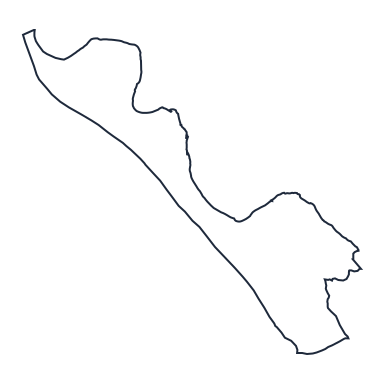 the district of Imbaba, Al Jizah, Egypt
{"feature_id": "37247803B76869719120733", "entity_name": "Imbaba", "entity_type": "district", "adm_level": 2, "iso_a3": "EGY", "parent_name": "Egypt", "parent_adm1": "Al Jizah", "projection": "natural_earth1", "projection_center": [30.99, 30.22], "detail": "fine", "context": "isolated", "style": "outline", "palette": "slate", "viewbox_px": 384, "rotation_deg": 0, "n_neighbors": 0, "source": "geoboundaries", "source_scale": "gbopen_adm2", "svg_char_len": 5952}
<svg xmlns="http://www.w3.org/2000/svg" viewBox="0 0 384 384"><path d="M358.5,250.2L358.3,249.5L358.0,249.2L357.7,248.9L357.4,248.0L357.0,247.4L356.7,247.0L356.3,246.8L355.5,246.5L352.8,243.8L350.8,241.4L349.5,241.0L348.3,240.5L347.7,240.1L347.1,239.6L346.5,239.0L345.9,238.3L344.8,237.9L343.8,237.4L342.1,236.3L341.0,235.1L339.8,233.9L338.6,232.9L337.0,231.8L335.8,230.7L334.4,229.0L333.3,227.6L332.6,226.4L332.0,225.7L331.5,225.3L330.9,225.0L329.5,224.5L328.1,223.8L325.8,222.2L324.9,221.7L324.1,221.3L323.9,220.8L323.6,220.5L323.3,220.2L322.8,220.1L321.0,217.7L320.0,215.9L319.4,214.9L318.9,213.9L317.3,211.7L316.6,210.7L316.0,209.6L315.5,208.5L315.0,207.2L314.7,206.5L314.2,205.6L313.4,204.7L312.9,204.3L312.3,203.9L311.6,203.5L311.0,203.3L310.5,203.1L310.1,203.4L309.8,203.4L309.2,203.3L307.0,202.1L304.7,200.4L301.5,198.5L300.7,197.8L300.1,197.0L299.9,196.2L299.9,195.2L299.6,195.1L299.4,194.6L298.9,194.2L298.5,194.1L297.9,194.1L297.5,193.9L297.1,193.5L297.0,193.1L295.9,192.9L295.0,192.9L294.2,192.9L293.3,193.1L292.6,192.9L292.0,192.8L291.4,193.0L290.7,193.2L289.9,193.4L288.9,193.4L287.8,193.2L287.1,193.2L286.4,193.3L285.6,193.6L285.2,193.6L284.7,193.4L284.4,193.1L284.2,192.8L283.2,192.9L282.4,193.2L281.4,193.6L280.9,194.1L280.3,194.4L278.9,194.8L278.0,195.1L277.2,195.6L276.6,196.1L275.3,197.5L273.9,198.7L272.6,199.6L271.2,200.3L271.3,200.4L271.2,200.5L272.3,200.6L272.3,200.9L272.1,200.8L271.4,201.0L270.8,201.2L270.2,201.5L269.5,201.9L267.7,203.4L265.0,205.4L263.1,206.3L261.4,207.1L259.7,208.0L258.0,209.0L256.0,210.0L254.8,210.7L253.3,211.8L252.8,212.2L252.1,213.0L251.4,214.0L250.7,214.9L250.1,216.0L248.3,217.4L246.1,218.9L243.8,220.1L241.6,221.1L240.2,221.5L239.1,221.6L238.1,221.5L237.1,221.3L235.9,220.9L235.4,220.5L234.9,220.0L234.5,219.3L234.2,218.5L232.5,218.0L230.6,217.3L229.2,216.5L227.1,215.2L225.2,214.1L223.2,213.1L221.1,212.3L213.7,208.0L212.3,206.7L211.1,205.6L209.6,204.0L207.3,201.6L205.8,199.8L204.4,197.9L203.6,197.2L202.9,196.4L202.3,195.5L201.7,194.2L200.8,192.7L200.0,191.3L198.5,189.6L197.4,188.0L196.6,186.6L193.3,181.4L192.5,179.9L191.6,178.1L191.4,177.4L191.1,176.7L191.1,175.7L190.9,174.9L190.6,173.2L190.3,172.3L189.9,171.2L189.8,170.7L189.7,169.6L189.8,168.4L190.0,167.4L190.1,166.6L190.3,165.8L190.4,164.8L190.3,164.1L190.2,163.4L190.3,162.4L190.3,161.6L190.0,159.8L189.8,159.0L189.5,158.5L189.3,156.8L188.8,155.1L188.1,153.5L187.4,152.3L187.4,154.4L187.2,154.5L187.1,154.4L186.9,150.2L186.8,149.9L186.5,149.6L186.7,147.7L186.7,146.1L186.7,144.5L186.5,142.5L186.6,142.0L186.7,141.3L186.7,140.6L186.9,140.0L187.1,139.6L187.3,138.7L187.6,137.9L188.0,136.8L187.6,136.4L187.3,135.8L187.2,135.2L187.2,134.5L187.0,134.9L186.9,135.4L186.7,135.5L186.7,136.8L186.6,138.1L186.4,138.1L186.1,138.0L186.1,137.7L186.2,137.3L186.3,136.5L186.3,135.2L186.6,134.9L186.7,133.4L186.6,132.1L185.4,130.4L184.6,129.1L184.3,129.0L183.9,128.8L183.7,128.5L183.6,128.2L182.5,127.3L182.0,126.8L181.6,126.0L181.4,125.1L181.1,125.2L180.8,125.2L180.6,125.1L180.4,124.9L180.4,123.3L179.9,121.8L179.5,120.3L179.1,119.0L178.4,115.6L178.1,113.8L177.3,113.2L176.7,112.4L176.2,111.5L175.9,110.4L174.9,109.8L173.7,109.4L172.3,109.3L170.8,109.5L170.5,109.6L170.1,109.9L169.7,110.1L169.4,110.4L170.0,110.6L170.5,110.8L170.9,111.1L171.3,111.5L171.1,111.7L170.8,111.8L168.5,110.4L167.2,109.6L166.2,109.0L164.5,108.3L164.0,108.2L163.4,108.1L163.2,107.8L162.9,107.5L162.6,107.4L162.2,107.3L161.2,107.7L160.3,108.1L159.3,108.7L158.3,109.6L152.4,112.0L150.0,112.5L147.7,112.8L145.4,112.9L143.1,112.9L141.5,112.7L139.9,112.3L138.4,111.8L136.6,111.0L135.5,110.0L134.7,109.1L133.9,108.1L133.4,106.9L133.0,106.2L132.9,105.8L132.7,104.0L132.8,102.2L133.0,100.8L132.9,100.1L132.8,99.4L132.8,98.7L133.0,97.8L133.9,94.4L135.1,91.3L134.9,90.8L134.8,90.4L134.8,90.0L134.9,89.6L135.2,89.0L135.6,88.6L136.0,87.6L136.6,86.0L137.0,84.0L138.0,83.4L138.8,82.6L139.5,81.6L139.9,80.5L140.6,77.4L141.1,74.0L141.3,73.3L141.4,72.3L141.4,71.1L141.2,70.1L141.0,60.7L140.6,59.2L140.6,58.1L140.6,57.2L140.4,56.2L140.2,55.2L140.3,53.8L140.5,52.6L139.5,50.0L138.1,47.3L137.2,46.3L136.1,45.5L135.4,45.1L134.5,44.7L131.7,44.4L129.3,44.0L127.9,43.3L126.8,42.9L125.6,42.6L124.2,42.3L122.8,41.7L121.7,41.2L120.5,40.9L118.9,40.6L113.5,39.9L111.3,39.7L108.8,39.6L106.3,39.3L104.1,39.3L102.7,39.4L101.1,39.7L100.4,39.7L99.7,39.5L99.0,39.2L98.4,38.9L97.6,38.4L95.8,38.4L93.5,38.6L91.4,39.2L90.1,40.4L89.0,41.6L87.9,42.9L86.6,44.6L85.5,45.4L84.5,46.1L82.8,47.7L81.6,48.3L80.5,49.0L79.7,49.6L78.8,50.4L77.6,51.1L75.5,52.8L74.4,53.5L71.0,55.9L67.8,57.8L64.0,59.6L61.2,59.2L55.5,57.9L46.9,54.0L43.1,51.5L38.4,45.1L37.3,43.4L35.9,41.1L34.6,37.0L34.4,35.9L34.4,34.1L34.4,32.9L34.5,31.6L34.7,30.0L33.8,30.0L23.0,34.8L25.3,42.5L34.0,66.2L36.6,74.6L39.1,79.5L47.1,88.7L51.8,94.4L60.2,101.7L68.9,107.4L81.6,114.6L91.4,120.4L98.6,125.0L107.7,132.2L113.5,136.4L122.9,142.9L126.4,146.1L130.9,149.8L140.4,158.8L144.5,163.3L145.4,164.7L153.4,173.4L160.2,180.7L166.8,189.9L171.1,195.6L178.7,205.9L184.9,211.6L192.5,220.8L199.4,226.9L206.6,236.1L215.0,247.0L221.0,253.3L235.0,268.1L242.7,276.7L247.0,281.8L253.7,290.4L258.5,298.6L264.3,307.7L269.5,316.9L274.3,323.5L275.3,326.0L276.7,327.0L281.5,332.6L284.9,337.7L291.2,340.8L296.0,345.9L297.4,349.9L297.1,353.0L302.2,353.0L307.0,354.0L312.8,353.5L316.6,352.5L321.9,350.5L325.3,349.0L328.2,347.0L332.0,345.4L339.7,341.4L343.9,338.9L345.4,338.3L348.4,338.4L347.7,336.6L345.0,334.0L339.8,325.1L336.0,316.1L331.0,311.4L328.0,308.1L327.7,306.9L327.7,303.3L327.3,301.8L327.7,299.2L328.7,297.7L329.2,295.7L327.7,293.1L326.3,290.1L325.8,288.6L326.3,285.5L325.8,283.5L325.4,281.0L324.8,279.4L328.2,279.9L329.7,279.4L332.0,280.6L332.6,278.9L335.0,278.4L338.3,280.0L343.2,280.5L346.5,279.0L348.0,276.4L348.9,274.4L348.9,272.4L349.1,270.7L349.4,270.4L351.3,270.4L354.2,271.4L357.6,270.9L359.5,268.9L361.0,268.9L352.8,259.3L353.3,259.2L353.3,253.6L354.7,252.1L356.7,251.1L357.8,250.9L357.7,250.8L358.5,250.2Z" fill="none" stroke="#1e293b" stroke-width="2"/></svg>